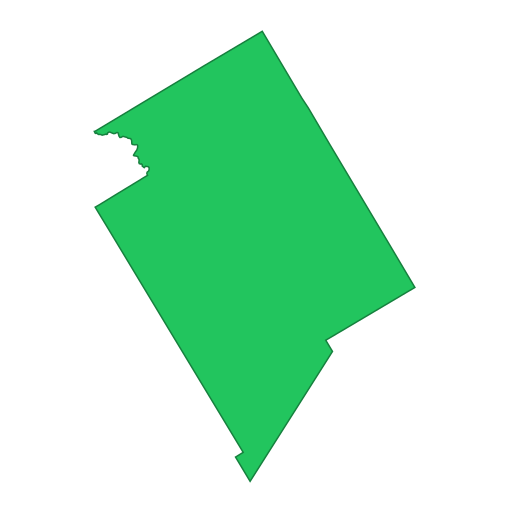 the district of Doña Ana, New Mexico, United States of America, rotated 149°
{"feature_id": "52423323B79640001030180", "entity_name": "Doña Ana", "entity_type": "district", "adm_level": 2, "iso_a3": "USA", "parent_name": "United States of America", "parent_adm1": "New Mexico", "projection": "albers", "projection_center": [-106.656, 32.418], "detail": "fine", "context": "isolated", "style": "filled", "palette": "green", "viewbox_px": 512, "rotation_deg": 149, "n_neighbors": 0, "source": "geoboundaries", "source_scale": "gbopen_adm2", "svg_char_len": 1379}
<svg xmlns="http://www.w3.org/2000/svg" viewBox="0 0 512 512"><g transform="rotate(149 256 256)"><path d="M377.1,65.9L239.6,134.8L239.6,147.9L227.0,147.8L146.1,147.3L136.0,147.2L135.7,199.5L135.7,202.3L135.3,314.8L134.9,356.0L135.4,367.8L134.9,445.4L202.0,445.8L210.3,445.8L210.9,445.8L212.0,445.8L273.9,445.8L329.5,445.8L330.4,446.1L330.5,445.5L330.5,444.9L330.6,444.3L330.6,444.1L330.5,443.8L329.8,443.4L329.4,443.4L329.2,443.5L329.2,443.4L328.8,442.2L328.7,441.9L328.5,441.4L326.9,440.4L326.2,439.7L325.8,439.0L325.6,438.8L322.7,437.9L321.6,437.7L321.5,437.2L320.6,437.0L319.6,438.0L318.0,437.9L316.9,436.9L316.7,436.4L315.2,434.4L315.0,434.2L313.7,433.6L311.5,433.5L310.8,432.7L311.7,429.2L311.6,427.7L310.8,427.3L310.7,427.2L308.4,427.1L306.6,425.2L305.6,424.2L305.1,422.9L303.0,421.2L303.0,419.6L303.3,418.7L304.7,416.0L304.4,415.2L302.5,413.6L301.3,413.2L300.6,412.6L300.6,411.5L301.8,409.7L303.6,408.2L305.6,407.4L309.1,405.5L309.0,404.8L306.8,403.0L306.1,401.8L306.6,400.3L306.5,398.8L308.3,396.4L308.5,395.3L307.7,394.3L306.7,393.9L306.5,392.8L307.2,391.7L306.3,389.3L304.5,389.8L302.4,388.1L302.1,387.0L302.9,385.4L304.2,384.2L306.2,383.9L307.2,382.7L307.4,381.0L312.9,381.0L316.5,380.9L321.2,380.9L342.3,380.8L364.4,380.6L368.7,380.7L368.7,374.2L368.6,356.7L368.4,226.5L368.1,94.3L377.1,94.2L377.1,65.9Z" fill="#22c55e" stroke="#15803d" stroke-width="1.5"/></g></svg>